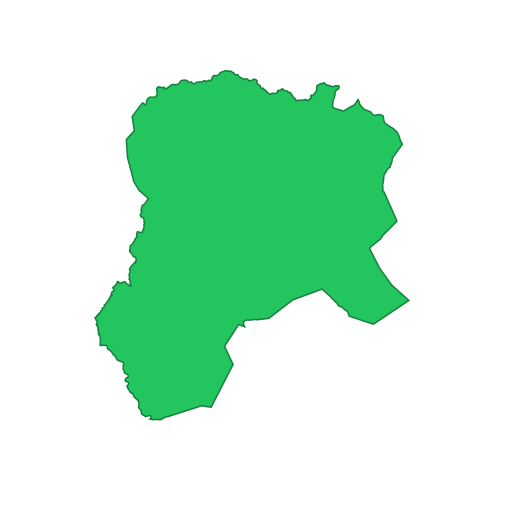 outline of Mabote, Inhambane, Mozambique, rotated 17°
{"feature_id": "85939544B65323255513357", "entity_name": "Mabote", "entity_type": "district", "adm_level": 2, "iso_a3": "MOZ", "parent_name": "Mozambique", "parent_adm1": "Inhambane", "projection": "albers", "projection_center": [33.733, -22.104], "detail": "fine", "context": "isolated", "style": "filled", "palette": "green", "viewbox_px": 512, "rotation_deg": 17, "n_neighbors": 0, "source": "geoboundaries", "source_scale": "gbopen_adm2", "svg_char_len": 6003}
<svg xmlns="http://www.w3.org/2000/svg" viewBox="0 0 512 512"><g transform="rotate(17 256 256)"><path d="M202.2,442.9L205.1,442.7L209.4,441.1L212.2,440.8L213.0,439.7L214.2,439.1L215.6,437.2L218.0,435.6L218.8,435.3L247.7,415.2L257.3,413.7L265.8,366.5L252.3,351.6L259.3,327.2L260.4,326.7L265.8,327.0L264.3,325.2L263.5,323.7L263.7,321.7L264.6,320.7L266.7,319.6L269.0,319.1L273.6,317.0L275.8,316.6L286.5,311.9L304.0,287.2L328.9,268.3L339.6,273.4L340.9,274.4L343.6,275.5L344.8,276.5L346.8,277.1L349.3,279.4L350.8,279.7L353.3,279.8L356.6,281.4L359.8,282.3L362.7,286.3L388.2,286.9L415.2,253.8L394.6,244.3L378.2,231.9L363.3,216.6L362.7,215.7L362.6,214.9L363.0,213.8L370.1,203.3L371.4,198.9L380.3,182.1L380.5,181.3L359.7,157.3L358.2,157.3L358.0,155.4L356.2,150.7L356.0,147.0L355.2,143.9L354.8,140.8L354.9,139.8L355.7,137.9L355.8,136.1L356.4,134.6L357.2,133.0L358.3,131.8L358.2,131.3L358.4,126.1L357.9,122.5L358.1,121.5L363.3,106.3L360.4,103.5L357.8,99.5L355.4,97.0L353.4,95.6L349.6,93.9L345.9,93.1L340.2,91.1L338.7,89.1L336.6,85.0L336.0,84.7L334.3,84.5L332.1,84.8L328.6,86.7L327.0,86.9L325.8,86.5L323.9,84.8L316.1,84.0L311.2,81.0L309.1,77.8L308.0,76.5L307.2,77.9L306.9,80.5L305.7,82.8L301.6,87.0L297.3,91.9L296.5,92.1L295.3,91.7L289.9,91.9L285.7,91.5L285.5,89.8L284.9,88.6L284.8,87.1L284.4,85.8L284.5,84.5L284.1,83.3L284.5,82.5L284.5,79.1L283.7,76.5L284.2,74.5L284.9,73.2L286.1,72.1L286.0,69.4L285.0,69.1L282.7,69.9L281.9,70.0L281.7,70.8L280.0,71.6L272.6,71.7L271.4,70.6L270.6,70.5L269.8,70.8L268.7,72.1L267.1,72.4L266.6,73.7L265.2,74.3L264.7,75.0L264.6,75.7L264.7,76.8L265.2,78.0L265.1,79.4L265.6,80.2L265.5,80.8L264.9,82.7L264.3,83.4L263.9,85.2L263.3,85.8L262.0,85.9L261.6,86.4L261.7,87.5L262.6,87.9L262.7,88.3L262.6,88.9L261.7,89.7L261.5,90.8L260.5,91.3L260.2,92.2L259.7,92.6L259.0,92.5L258.3,91.8L257.2,91.9L255.9,93.2L254.0,93.4L253.0,94.1L250.3,94.8L249.1,95.8L247.9,94.9L247.6,94.1L245.4,93.4L243.1,91.2L241.8,90.8L241.6,90.5L241.6,90.0L241.4,89.7L240.0,89.7L239.6,90.1L239.0,90.1L238.3,89.7L238.1,89.2L237.6,89.1L235.8,89.5L233.4,89.1L233.0,88.4L231.6,88.8L231.1,90.4L228.8,91.1L228.4,91.7L228.7,93.5L227.6,94.5L225.5,95.5L224.4,95.3L223.2,96.1L222.4,97.1L221.6,97.3L220.8,97.1L219.9,96.3L218.3,95.9L216.5,94.5L215.8,94.9L215.1,95.0L214.3,93.6L213.0,93.6L211.7,94.2L211.3,93.8L210.3,91.9L208.4,91.5L206.1,90.3L205.8,89.7L206.0,88.7L205.9,88.2L204.6,87.5L203.0,87.3L202.1,87.5L200.4,89.6L197.4,90.4L196.5,89.4L195.6,89.3L195.0,89.3L193.6,90.2L190.7,90.3L189.5,89.8L187.3,89.5L185.8,88.0L184.2,88.5L182.2,88.5L181.7,88.2L180.9,87.1L179.2,87.3L178.3,86.6L176.0,87.2L175.0,87.2L174.5,87.6L173.4,87.6L172.5,87.8L171.2,88.9L169.6,89.7L169.1,90.5L168.0,91.4L167.7,92.5L166.8,94.2L165.2,95.3L163.6,95.3L162.2,96.7L161.9,97.5L162.3,98.9L161.1,102.0L160.3,102.2L159.6,101.7L157.7,103.3L157.1,104.1L156.6,104.1L156.0,103.3L155.2,103.5L152.8,105.6L151.3,105.9L148.7,107.1L146.1,109.5L145.1,109.5L144.0,109.0L143.5,108.4L142.3,109.1L140.1,109.3L139.1,108.5L137.5,108.3L133.9,109.6L132.9,110.6L131.8,114.0L129.1,115.8L125.9,116.3L123.4,119.2L121.5,122.1L120.8,122.7L119.6,122.9L119.4,122.6L119.5,121.6L119.2,121.4L117.2,122.4L113.1,122.7L112.4,123.7L112.1,125.1L114.2,129.9L114.3,131.0L113.8,132.3L112.7,133.7L108.4,135.0L107.3,135.8L106.0,138.7L106.1,140.0L106.6,142.3L106.5,143.1L106.1,143.5L105.4,143.9L103.7,142.7L102.4,143.2L96.8,158.8L103.0,171.7L98.7,180.9L98.1,182.5L98.1,183.1L104.4,199.5L115.7,217.7L117.1,220.3L125.0,227.4L136.2,232.5L135.9,233.1L134.5,238.4L132.8,240.6L132.4,241.6L132.8,244.7L132.5,246.0L133.4,246.7L133.8,247.4L133.8,248.5L133.3,249.7L133.6,251.2L134.7,252.2L137.1,252.5L138.3,253.8L138.6,255.1L139.2,255.8L139.1,256.7L140.0,257.4L139.6,259.0L140.3,260.5L140.7,261.9L140.3,262.8L140.8,264.0L140.2,265.3L140.4,266.4L139.1,267.2L137.3,267.4L135.9,267.3L135.5,267.6L135.4,270.0L135.8,270.3L135.8,271.3L136.5,272.6L136.4,273.1L135.7,274.1L135.3,275.8L135.5,277.1L134.8,278.1L134.4,280.7L133.0,282.4L132.8,284.0L133.4,284.8L133.4,286.7L133.8,287.2L133.5,287.7L133.9,288.7L136.0,289.9L137.9,291.3L138.8,292.3L139.6,292.6L140.5,292.4L141.4,292.7L142.7,294.7L142.7,295.7L142.2,296.1L142.1,296.5L142.8,297.2L142.9,297.9L141.9,298.2L141.1,298.8L141.1,299.5L139.7,302.4L139.0,304.4L139.0,305.7L139.1,306.3L140.1,307.0L140.2,307.5L140.3,308.4L140.0,310.4L140.7,312.6L141.7,314.1L141.4,315.3L143.1,316.8L143.7,319.1L145.2,320.4L145.4,320.8L145.0,321.3L143.9,321.7L142.7,320.7L140.8,320.7L138.9,319.2L138.0,319.0L137.0,319.5L134.0,321.8L133.2,321.7L131.8,320.7L130.9,321.1L130.8,321.4L131.3,322.3L130.7,323.1L131.0,323.8L129.6,325.7L129.3,327.0L128.3,327.9L128.3,328.2L129.9,329.7L130.2,330.7L129.5,331.4L129.3,332.1L128.5,332.8L128.8,333.4L128.6,334.4L128.7,334.7L129.6,335.3L129.7,335.6L129.5,336.0L128.7,336.4L129.0,337.2L128.4,337.9L128.6,339.0L127.9,340.3L127.5,343.0L126.9,343.5L126.4,345.6L125.2,347.3L125.9,348.8L125.5,349.8L124.3,350.6L124.6,352.8L124.4,353.3L123.6,353.9L123.7,355.6L122.5,356.7L122.5,357.1L123.1,358.2L121.8,358.6L121.0,360.3L121.3,361.2L120.1,362.0L121.9,364.1L123.2,364.7L123.6,365.2L123.2,367.0L123.5,368.4L124.3,368.5L124.5,368.7L124.3,369.2L125.3,369.4L125.6,370.5L126.1,370.8L126.0,371.5L126.2,372.4L127.1,373.5L127.3,374.5L127.9,374.9L128.1,376.8L128.6,377.2L128.8,376.8L129.2,376.9L129.7,377.7L129.7,378.1L130.5,378.4L131.0,379.5L130.9,380.3L132.0,382.2L132.1,383.5L132.6,384.6L132.6,385.7L133.2,387.0L133.9,387.1L135.7,385.9L139.0,385.4L139.9,385.6L141.2,388.2L144.0,389.0L146.2,390.1L148.1,392.0L149.9,392.6L151.7,394.0L153.4,395.8L156.1,396.4L159.3,396.4L160.6,397.0L161.1,398.2L161.0,399.8L161.9,401.9L161.8,402.7L163.6,404.7L163.9,405.5L164.8,406.4L168.1,407.0L169.2,408.1L168.8,409.4L167.3,411.0L167.1,413.2L168.1,414.1L170.2,414.0L171.1,414.4L171.7,415.8L171.6,416.3L170.8,417.3L170.7,418.0L171.8,419.7L176.2,423.5L178.2,423.4L180.8,426.5L185.8,428.9L187.9,432.6L187.7,434.1L188.0,435.3L191.3,437.4L192.8,440.6L197.2,441.8L198.6,441.2L200.9,439.5L201.5,439.4L202.2,440.0L203.0,441.5L202.2,442.9Z" fill="#22c55e" stroke="#15803d" stroke-width="1.5"/></g></svg>